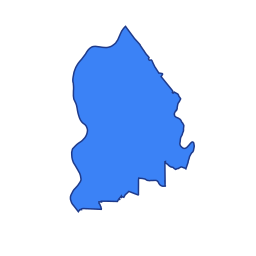 Vijfheerenlanden, Zuid-Holland, Netherlands, rotated 289°
{"feature_id": "6326949B1292857189709", "entity_name": "Vijfheerenlanden", "entity_type": "district", "adm_level": 2, "iso_a3": "NLD", "parent_name": "Netherlands", "parent_adm1": "Zuid-Holland", "projection": "robinson", "projection_center": [5.057, 51.93], "detail": "fine", "context": "isolated", "style": "filled", "palette": "blue", "viewbox_px": 256, "rotation_deg": 289, "n_neighbors": 0, "source": "geoboundaries", "source_scale": "gbopen_adm2", "svg_char_len": 5587}
<svg xmlns="http://www.w3.org/2000/svg" viewBox="0 0 256 256"><g transform="rotate(289 128 128)"><path d="M223.3,92.6L222.6,92.2L220.7,91.4L219.7,91.1L218.7,90.8L217.7,90.5L215.1,90.2L208.8,89.7L207.8,89.6L205.8,89.0L204.4,88.7L203.7,88.3L202.8,87.8L201.2,86.7L200.4,86.1L199.7,85.5L198.9,84.5L198.3,83.7L197.5,82.4L197.3,81.9L197.0,81.4L196.4,79.2L196.1,78.1L195.8,76.7L195.5,75.0L194.8,71.6L194.7,71.0L194.3,69.9L193.9,69.0L193.7,68.6L193.2,67.8L192.8,67.4L192.2,66.9L190.7,65.8L188.5,64.8L187.4,64.5L186.4,64.2L184.2,63.8L178.0,61.8L175.4,60.7L172.7,59.8L171.0,59.4L168.3,58.9L165.5,58.8L163.2,58.8L158.4,59.5L156.9,59.8L155.4,60.2L154.2,60.7L153.5,61.0L153.2,61.3L152.8,61.6L151.8,62.0L149.5,63.0L148.7,63.3L147.0,63.9L145.4,64.3L140.6,65.9L137.8,67.3L134.3,70.7L132.6,72.0L130.4,73.3L128.0,74.6L125.8,75.9L123.9,77.2L121.8,78.8L120.2,80.3L118.8,82.1L118.0,83.7L117.2,86.2L116.4,87.6L115.1,88.9L113.6,90.0L112.7,90.4L112.1,90.6L110.3,90.9L108.5,91.0L106.6,90.8L104.8,90.4L101.4,88.9L100.1,88.1L97.5,86.1L95.6,84.9L93.8,84.0L90.3,82.4L89.7,82.4L89.2,82.4L86.6,82.7L84.2,83.6L81.9,84.6L80.2,85.6L79.1,86.4L77.5,87.7L74.8,91.0L74.0,91.9L71.5,94.8L70.8,95.5L70.5,95.8L70.1,96.4L69.6,96.9L68.5,97.8L67.4,98.6L64.2,100.3L63.1,100.5L62.0,100.4L60.9,100.2L59.8,99.9L57.2,99.2L56.5,98.9L53.5,97.6L52.2,97.0L50.8,96.6L49.5,96.4L46.8,96.0L45.5,95.9L44.2,96.0L42.9,96.4L41.7,96.9L40.8,97.6L39.8,98.3L38.9,99.1L38.2,99.9L37.5,100.9L36.5,102.5L35.6,103.9L32.7,108.3L35.1,109.0L35.2,109.6L35.5,110.3L35.6,110.5L36.0,110.1L36.4,110.4L36.5,110.5L37.1,111.5L37.4,112.3L37.6,112.9L38.0,114.5L38.5,116.0L38.7,116.7L42.4,129.2L43.0,129.1L43.2,128.9L43.6,128.7L43.9,128.4L44.7,128.0L45.4,127.2L45.9,126.9L46.6,126.2L46.9,125.9L47.2,125.3L47.4,125.1L47.7,125.0L48.8,124.6L49.4,127.0L50.1,126.6L51.3,130.1L51.7,131.2L53.5,136.9L55.1,141.9L55.6,142.0L56.9,142.2L57.2,142.5L57.7,143.3L58.3,142.6L58.5,142.8L60.3,143.4L61.3,143.7L61.6,143.8L60.4,144.5L61.1,145.0L61.1,145.3L61.1,146.6L62.8,146.9L63.3,147.0L63.8,147.1L64.1,147.2L67.0,148.8L67.9,149.2L68.3,149.4L68.3,149.6L68.3,151.0L68.1,155.7L68.0,159.3L68.4,159.3L68.8,159.5L69.1,159.3L79.2,155.9L82.3,154.8L82.5,154.8L83.0,154.7L83.8,154.5L84.2,154.5L84.4,156.0L84.5,156.2L84.9,157.8L85.2,159.8L85.3,160.6L85.2,161.0L85.1,161.7L84.9,162.4L84.8,162.9L84.8,163.4L85.0,164.3L85.2,165.5L85.5,166.1L85.9,166.8L86.1,167.6L87.3,170.7L87.5,171.3L87.6,171.6L87.5,172.6L87.4,173.0L87.1,173.5L86.9,173.9L86.7,174.2L85.6,175.3L85.1,176.0L84.9,176.3L84.6,176.9L84.4,177.5L84.3,178.0L84.2,178.8L84.2,179.3L84.3,179.8L84.4,180.1L84.6,180.7L85.2,182.2L85.4,182.2L85.5,182.1L85.6,181.8L86.5,181.5L89.0,180.5L88.9,180.7L105.7,174.7L108.2,173.9L108.5,174.3L108.0,174.4L107.6,174.5L107.3,174.9L107.1,175.1L106.9,176.1L106.6,176.9L106.6,177.1L106.5,177.4L106.4,177.6L106.0,178.3L105.8,178.8L105.8,179.0L105.6,179.4L105.5,179.7L105.4,180.2L105.2,180.8L105.2,181.2L105.2,181.8L105.3,181.9L105.3,182.1L105.4,183.3L105.3,183.8L105.2,183.9L105.1,184.1L105.0,184.3L104.8,184.7L104.7,185.4L104.6,185.7L104.4,186.1L104.3,186.3L104.4,186.5L104.6,186.8L105.4,187.5L105.6,187.8L105.8,188.1L105.9,188.5L106.0,188.7L106.5,189.1L106.9,189.4L107.2,189.7L107.6,190.0L107.9,190.3L108.3,190.7L108.6,191.2L108.6,191.3L108.6,191.5L108.6,192.7L108.5,194.0L108.6,194.4L108.4,194.5L108.6,194.5L108.6,194.8L108.2,196.0L112.1,196.0L115.0,196.0L116.4,195.7L116.9,195.7L119.0,195.7L120.9,195.5L121.7,195.6L124.1,196.0L124.7,196.2L125.3,196.3L125.6,196.5L126.0,196.8L126.5,197.0L126.9,197.1L127.2,197.1L127.6,197.2L127.8,197.2L128.2,197.2L131.7,196.7L132.5,196.5L133.5,196.0L134.2,195.6L134.8,195.3L135.2,195.0L135.4,194.9L135.6,194.5L135.8,194.1L135.8,193.9L135.8,193.5L135.5,193.1L135.4,192.9L134.9,192.6L133.7,192.0L131.3,191.1L130.2,190.6L128.7,189.9L128.1,189.4L127.8,189.1L127.5,188.8L127.2,188.4L127.1,188.0L126.9,187.6L126.9,187.2L126.9,186.9L127.0,186.1L127.3,185.2L127.8,184.2L127.9,183.9L128.3,183.4L128.7,183.0L129.6,182.3L130.0,182.1L132.3,181.7L134.4,181.2L135.6,181.0L136.4,181.0L137.0,181.0L138.5,181.3L139.5,181.4L140.8,181.3L141.3,181.3L142.6,181.4L143.3,181.4L144.7,181.0L145.0,180.8L147.7,180.2L148.5,180.0L148.7,179.8L149.0,179.6L150.2,178.3L150.5,178.0L150.8,177.3L151.0,177.0L152.4,175.6L152.6,175.4L152.8,175.0L153.1,174.5L153.3,174.1L153.4,173.6L153.6,172.8L153.7,172.3L153.8,171.0L153.8,170.4L154.0,169.6L154.2,169.0L154.4,168.5L154.6,168.3L154.9,168.0L155.8,167.5L156.2,167.4L156.3,167.2L157.4,167.1L159.2,167.4L160.0,167.6L160.4,167.9L160.6,167.9L160.5,168.1L161.3,168.2L162.0,168.2L162.3,168.2L163.0,167.9L163.6,167.8L164.9,167.6L165.5,167.5L167.4,167.3L168.8,167.6L169.2,167.8L169.7,167.9L172.7,168.3L173.7,167.1L174.4,166.0L174.8,165.6L175.7,164.9L175.9,164.6L176.2,164.2L176.4,163.8L176.5,163.0L176.6,162.5L177.0,160.1L176.9,160.1L176.0,159.7L175.9,159.6L175.7,159.2L175.8,158.7L175.9,158.4L176.1,158.4L177.4,158.3L177.7,158.0L179.0,156.0L186.1,144.6L187.3,142.6L187.9,142.7L189.9,143.2L190.3,143.1L190.5,142.9L190.6,142.6L190.3,140.6L190.2,139.8L190.1,139.7L189.9,139.5L189.9,139.4L193.3,135.1L194.1,134.1L194.3,133.7L194.8,133.2L195.4,132.6L196.5,131.5L196.9,131.1L198.4,129.7L199.4,128.8L199.5,128.7L199.9,127.8L199.9,127.7L199.5,127.2L199.4,126.9L199.1,126.5L199.1,126.2L199.2,125.9L199.3,125.6L199.7,125.2L200.2,124.8L200.4,124.8L200.9,125.0L201.1,125.0L201.4,125.0L201.7,124.7L202.9,122.7L203.6,121.3L204.1,120.7L205.0,119.4L205.6,118.7L206.3,117.8L207.2,116.5L208.2,115.2L210.0,112.8L210.2,112.6L210.4,112.5L210.6,112.3L210.7,112.2L212.4,109.2L214.7,105.0L215.4,104.0L217.8,100.5L222.4,93.8L223.3,92.6Z" fill="#3b82f6" stroke="#1e3a8a" stroke-width="1.5"/></g></svg>